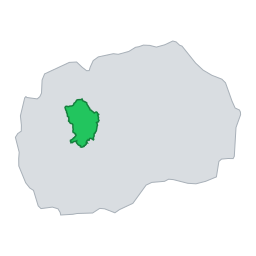 Makedonski Brod, Brod, North Macedonia (highlighted)
{"feature_id": "65306769B48467279151544", "entity_name": "Makedonski Brod", "entity_type": "district", "adm_level": 2, "iso_a3": "MKD", "parent_name": "North Macedonia", "parent_adm1": "Brod", "projection": "equal_earth", "projection_center": [21.207, 41.644], "detail": "fine", "context": "in_parent", "style": "filled", "palette": "green", "viewbox_px": 256, "rotation_deg": 0, "n_neighbors": 0, "source": "geoboundaries", "source_scale": "gbopen_adm2", "svg_char_len": 2420}
<svg xmlns="http://www.w3.org/2000/svg" viewBox="0 0 256 256"><path d="M113.4,53.7L118.3,54.3L128.9,51.4L135.5,47.3L138.9,46.7L143.4,45.1L149.8,45.4L156.4,47.1L164.7,44.8L172.8,41.0L176.1,41.9L179.6,45.2L182.0,46.1L195.6,63.1L203.1,70.1L211.9,75.3L221.9,79.2L225.5,82.8L232.0,101.1L235.1,108.0L239.4,110.0L240.4,112.0L240.6,114.7L236.0,127.5L234.3,156.3L233.1,158.6L228.1,158.5L221.5,159.1L218.9,161.4L216.4,176.9L205.7,181.3L196.0,183.8L187.8,183.3L173.3,179.6L168.6,179.2L164.6,181.3L151.8,182.4L146.1,185.1L132.9,203.3L119.5,209.6L114.9,212.8L104.6,208.8L99.7,208.4L92.6,213.0L77.0,213.5L72.8,214.3L60.7,215.0L60.2,212.5L58.0,208.8L52.4,207.1L41.0,208.6L38.2,205.9L33.5,190.4L29.8,188.0L25.7,182.8L18.8,166.0L18.7,158.7L19.2,152.3L15.4,137.3L17.8,133.5L21.3,131.1L21.4,125.1L20.4,115.9L24.7,97.9L25.9,96.6L26.9,97.5L37.2,98.9L39.8,96.7L41.5,93.1L42.1,80.0L44.6,73.9L69.3,62.4L76.6,62.0L82.2,67.3L86.6,70.7L89.2,70.6L90.2,67.2L93.2,60.6L98.3,56.9L113.3,53.7L113.4,53.7Z" fill="#d9dde1" stroke="#a8b0b8" stroke-width="1"/><path d="M98.7,114.6L98.6,114.2L97.6,113.8L97.2,112.5L96.4,112.0L95.6,112.2L94.2,113.0L92.8,111.6L92.0,111.1L91.3,110.3L90.1,109.9L89.6,108.2L88.9,107.6L88.5,106.6L87.0,104.4L86.6,102.6L85.1,102.1L85.0,101.7L83.0,101.0L82.0,99.0L81.2,99.7L80.8,99.6L77.9,99.7L76.6,100.2L75.7,101.9L74.8,102.8L74.0,103.3L73.6,104.7L73.1,105.3L71.8,106.0L69.9,106.1L68.2,106.7L67.0,106.3L66.0,106.3L65.4,106.7L65.0,107.7L65.4,108.6L65.6,109.7L66.5,111.2L66.6,112.7L67.2,113.5L67.5,116.4L68.7,117.1L68.9,119.8L68.9,120.2L68.6,120.3L68.6,121.2L69.5,121.9L70.0,122.9L70.6,123.4L72.3,123.8L72.9,124.7L72.9,127.9L73.3,129.4L73.0,130.0L72.9,131.2L73.2,132.5L74.0,132.7L75.4,133.9L75.2,134.1L75.8,134.7L76.0,135.5L74.7,137.0L74.5,137.6L73.7,137.8L72.5,139.2L70.5,140.3L70.7,140.6L70.5,141.6L71.0,141.9L70.9,142.7L72.6,142.6L73.5,141.6L75.5,141.3L76.7,140.8L76.4,142.6L78.2,144.8L79.6,145.6L80.5,145.6L80.5,146.9L81.8,147.2L84.1,146.4L84.1,145.6L85.3,145.2L86.3,144.0L86.3,142.8L87.3,142.9L86.5,141.7L87.0,140.6L87.2,140.4L87.8,140.6L88.2,140.2L88.2,139.8L89.1,140.2L89.5,138.7L90.1,138.3L91.5,138.6L93.2,139.8L93.4,139.9L93.7,139.5L93.3,137.8L94.2,135.9L94.0,135.3L94.2,133.6L94.5,133.2L95.2,133.0L95.6,131.8L96.3,130.9L96.9,127.5L96.9,126.7L97.5,125.3L97.2,123.8L96.5,122.5L98.4,121.8L98.3,121.4L99.0,120.5L98.4,119.3L98.3,118.3L98.6,117.7L97.8,115.4L98.7,114.6Z" fill="#22c55e" stroke="#15803d" stroke-width="1.5"/></svg>